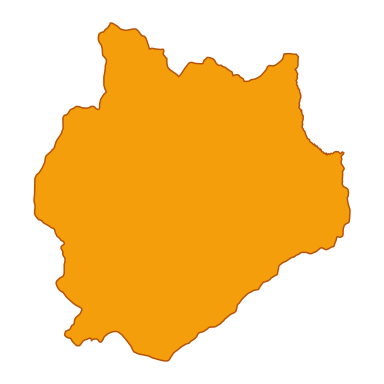 outline of Ciudad Bolívar, Antioquia, Colombia
{"feature_id": "7082276B35389673608197", "entity_name": "Ciudad Bolívar", "entity_type": "district", "adm_level": 2, "iso_a3": "COL", "parent_name": "Colombia", "parent_adm1": "Antioquia", "projection": "robinson", "projection_center": [-75.992, 5.842], "detail": "fine", "context": "isolated", "style": "filled", "palette": "amber", "viewbox_px": 384, "rotation_deg": 0, "n_neighbors": 0, "source": "geoboundaries", "source_scale": "gbopen_adm2", "svg_char_len": 5837}
<svg xmlns="http://www.w3.org/2000/svg" viewBox="0 0 384 384"><path d="M274.5,275.9L277.0,274.7L277.4,274.1L277.8,271.3L278.5,268.8L278.8,266.2L279.6,265.1L282.7,262.7L286.3,261.1L291.3,257.6L294.0,257.0L296.4,255.1L298.6,254.4L300.7,252.7L302.6,252.3L306.8,252.5L309.5,253.6L310.6,253.7L311.6,253.5L316.2,251.6L320.6,247.9L321.9,247.8L323.2,248.3L324.7,249.3L326.3,249.7L327.5,249.3L331.6,247.0L333.4,246.6L333.8,246.3L334.3,245.6L334.6,244.0L336.1,240.2L336.9,236.8L337.3,236.6L339.3,237.2L340.7,237.1L342.1,236.5L342.7,235.8L343.0,234.5L343.1,230.5L343.3,228.7L344.3,225.4L346.1,223.8L348.4,222.7L348.9,222.1L349.2,221.1L349.6,218.4L350.0,209.9L348.1,203.9L347.1,198.1L348.2,196.0L348.5,192.5L348.2,190.5L347.8,189.3L347.2,188.6L343.2,186.3L342.3,184.1L342.1,183.1L342.1,182.6L342.6,182.0L342.3,180.1L342.7,174.3L342.5,171.7L344.0,169.3L344.1,168.5L343.9,167.8L341.2,163.5L341.1,161.9L341.8,159.2L341.2,156.6L341.5,155.9L343.4,154.1L343.8,153.0L343.1,152.8L342.8,152.1L342.3,152.0L340.6,153.6L339.9,153.3L338.1,151.7L335.7,151.7L334.4,152.1L332.9,153.5L331.0,153.4L329.8,154.4L328.9,153.8L328.4,153.8L327.5,154.7L326.4,153.2L326.0,153.4L326.4,154.1L326.1,154.5L324.7,153.1L323.8,153.2L323.1,152.0L322.1,151.8L321.2,150.7L321.0,150.4L321.1,149.8L320.6,149.2L320.1,149.7L318.9,148.2L317.7,147.6L317.0,146.1L316.3,146.3L315.5,146.1L315.5,145.4L315.3,145.2L314.9,145.3L314.4,144.2L313.7,144.7L312.9,144.2L312.3,143.3L310.2,141.8L309.4,140.5L309.4,139.7L307.5,138.6L305.6,134.4L304.7,131.2L303.4,130.2L303.1,128.7L302.6,128.2L302.2,127.4L302.1,125.9L302.7,124.7L302.3,122.2L303.2,118.9L303.1,117.3L303.3,116.0L302.3,114.8L301.6,111.9L300.9,111.4L301.1,110.9L301.6,110.9L301.7,110.3L299.7,108.8L299.4,108.3L298.9,107.0L298.9,106.6L299.5,105.9L299.6,105.1L299.2,104.2L299.1,103.4L299.9,100.8L299.9,99.2L300.7,98.0L300.8,95.6L299.5,91.2L299.4,89.6L298.2,88.4L298.0,87.3L297.6,86.7L297.6,85.8L296.7,84.8L296.6,83.2L296.9,82.5L296.1,80.4L297.3,78.6L297.4,77.6L297.0,76.6L297.7,73.9L297.4,73.2L296.7,72.3L296.4,70.9L295.3,69.9L295.1,69.4L295.3,68.9L296.3,68.6L297.9,66.1L298.0,58.9L298.4,56.8L296.2,54.2L293.4,54.2L289.6,53.6L284.3,53.9L284.0,54.2L282.9,58.3L281.6,60.3L278.3,63.1L276.1,64.7L274.0,65.7L273.0,65.9L269.7,65.5L268.7,65.8L267.3,67.0L266.7,68.8L265.7,70.3L261.0,75.7L257.9,77.7L254.5,79.2L251.1,79.7L249.1,81.1L246.8,81.4L244.1,81.3L243.3,79.0L242.8,78.5L240.4,77.2L238.8,75.2L238.0,74.9L235.9,74.8L233.0,75.6L232.0,72.0L227.9,69.5L225.4,67.4L222.6,66.5L221.4,65.3L218.7,65.3L217.5,64.8L215.7,62.5L214.6,60.3L212.9,58.8L210.4,57.8L207.7,57.4L207.2,57.5L205.4,59.3L204.5,59.9L203.6,61.2L203.1,63.3L202.0,63.8L195.3,63.4L191.8,62.4L190.7,62.4L188.9,63.1L184.8,68.4L181.4,73.7L179.5,75.9L178.4,76.5L176.8,74.5L169.6,69.5L168.1,67.7L167.5,66.3L166.9,63.5L166.8,58.4L165.8,57.9L164.4,55.7L163.3,54.5L163.2,53.9L163.8,51.0L163.7,50.2L163.1,49.2L161.1,49.5L157.3,49.2L154.8,48.9L153.6,48.5L151.8,48.3L150.8,48.5L150.1,49.0L149.3,48.9L148.5,45.6L145.8,38.0L144.4,36.3L142.4,35.9L141.5,35.3L137.9,30.6L135.9,29.0L133.1,29.0L127.8,30.1L126.0,30.3L124.0,30.1L120.8,29.1L119.9,28.6L117.3,26.1L112.3,23.2L110.4,23.0L109.7,24.8L107.8,27.7L105.2,29.7L103.6,32.0L102.3,32.1L100.7,32.7L99.5,33.6L98.9,34.4L98.4,37.1L98.4,39.8L98.7,41.0L100.4,44.0L101.1,44.8L101.6,46.2L102.2,48.8L102.5,53.7L102.8,55.4L105.5,58.4L106.3,59.7L106.4,61.0L106.2,62.9L105.3,65.7L105.3,67.6L104.8,72.1L103.9,76.8L103.9,85.2L104.9,88.8L106.0,91.1L106.2,92.0L103.5,94.8L100.7,99.3L99.6,104.4L99.5,108.0L99.3,108.8L98.5,109.4L97.4,109.4L96.2,108.7L94.4,106.9L93.3,106.4L92.2,106.3L90.6,106.6L89.7,107.4L88.4,107.9L86.4,108.1L82.4,107.9L78.9,106.6L76.4,106.4L75.6,106.8L73.8,108.2L70.7,109.5L69.9,110.2L68.4,112.9L67.0,114.5L66.1,115.1L65.1,115.1L64.1,115.6L63.2,117.2L62.9,118.5L63.1,128.2L61.4,133.2L60.4,135.1L57.1,139.8L55.9,142.3L54.3,147.6L53.1,149.2L52.0,150.0L51.3,151.2L46.8,155.2L45.8,156.6L45.3,158.3L44.7,162.5L42.1,168.1L39.0,172.9L37.0,174.4L36.2,175.4L35.1,178.1L34.9,179.2L34.6,194.1L34.0,199.6L34.1,201.5L35.0,205.2L35.1,206.5L34.5,213.5L35.7,216.1L38.5,219.5L41.4,220.5L43.6,222.9L47.8,225.2L51.4,227.7L53.4,228.4L54.0,228.9L54.6,229.8L55.5,233.0L56.9,236.0L59.8,238.5L60.6,239.8L61.5,240.7L62.9,241.1L64.3,242.8L64.0,244.3L61.7,246.1L61.2,246.9L61.0,248.3L62.8,251.4L62.8,254.2L63.3,255.8L64.8,257.9L65.0,258.8L65.0,261.4L64.2,264.7L64.2,273.5L63.4,275.8L63.0,276.2L61.2,277.4L60.3,277.6L57.0,280.7L56.2,282.2L56.2,284.0L56.9,285.8L57.7,287.6L59.2,289.8L61.3,291.5L63.1,292.3L66.1,296.6L68.3,298.8L73.2,303.2L76.0,305.2L80.9,307.8L81.7,308.5L81.8,309.2L81.8,310.1L80.5,313.0L79.7,314.2L75.8,317.6L75.0,319.1L74.5,320.2L74.4,322.5L73.9,324.2L71.7,325.7L69.9,329.3L69.5,329.7L66.1,331.0L65.6,331.4L64.8,333.8L64.8,335.1L65.1,335.8L65.6,336.4L68.3,338.0L69.7,338.0L71.1,338.9L71.8,340.5L73.1,342.3L76.1,345.2L77.0,345.7L79.2,345.7L80.1,345.1L82.9,341.2L85.2,339.7L86.7,339.4L89.5,338.1L90.9,338.4L91.4,339.8L91.4,341.2L91.9,340.2L93.0,339.3L94.5,339.0L96.4,339.0L97.5,339.3L99.1,341.4L99.7,342.0L100.8,342.1L101.4,341.7L103.0,339.6L104.3,336.7L108.2,333.6L110.9,332.3L113.5,331.6L116.1,331.5L118.0,331.8L121.7,334.6L125.7,339.2L130.5,345.5L131.5,347.2L132.5,349.6L133.9,351.8L137.6,353.6L139.7,354.2L148.8,356.0L152.0,357.7L157.1,359.2L161.8,360.4L165.5,361.0L167.4,360.9L168.3,360.6L169.4,359.5L173.4,353.2L175.5,351.3L176.9,350.5L181.2,346.9L185.6,344.2L189.2,343.1L190.3,341.6L194.8,338.7L196.5,336.8L197.9,334.0L199.3,332.6L201.9,332.1L203.8,331.3L207.3,329.0L209.2,327.2L214.6,326.9L216.0,326.4L220.6,323.6L221.8,322.2L223.9,320.5L224.4,319.5L229.8,314.9L231.4,313.9L233.8,312.9L235.7,311.5L236.8,308.2L237.2,305.4L237.5,304.7L239.4,303.0L241.4,299.9L244.2,296.9L247.9,293.5L254.0,290.3L257.9,289.6L258.6,289.2L260.3,286.2L263.3,282.3L267.9,280.9L269.8,279.6L271.1,277.9L273.4,276.7L274.5,275.9Z" fill="#f59e0b" stroke="#b45309" stroke-width="1.5"/></svg>